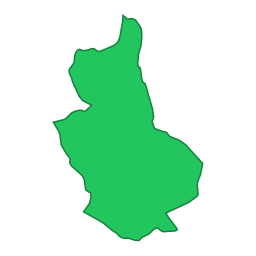 outline of Tongsa
{"feature_id": "BTN-2486", "entity_name": "Tongsa", "entity_type": "District", "adm_level": 1, "iso_a3": "BTN", "parent_name": "Bhutan", "parent_adm1": "", "projection": "mercator", "projection_center": [90.459, 27.451], "detail": "fine", "context": "isolated", "style": "filled", "palette": "green", "viewbox_px": 256, "rotation_deg": 0, "n_neighbors": 0, "source": "natural_earth", "source_scale": "10m", "svg_char_len": 1841}
<svg xmlns="http://www.w3.org/2000/svg" viewBox="0 0 256 256"><path d="M98.4,51.4L100.0,51.4L114.0,45.4L117.2,42.9L118.8,40.2L120.0,36.4L122.8,20.3L123.0,15.4L125.6,17.4L126.4,18.3L127.3,19.0L128.3,19.1L129.3,18.8L130.7,18.6L132.4,18.7L134.1,19.3L135.5,20.1L136.4,21.1L140.0,26.5L140.7,27.8L141.3,29.4L141.7,32.4L141.8,36.6L141.0,45.7L138.7,53.2L138.4,55.2L138.3,57.9L137.8,62.0L137.8,64.6L138.2,66.1L139.6,67.3L140.4,68.3L141.6,77.8L142.7,82.2L145.2,83.7L152.4,108.4L153.7,117.2L152.1,121.5L154.6,128.5L162.1,131.3L165.2,131.9L166.5,132.5L167.4,133.4L168.8,135.5L170.4,136.7L173.2,137.9L177.3,139.3L179.6,140.4L185.8,144.9L202.7,163.5L200.4,174.8L197.6,182.0L197.0,185.9L197.7,188.2L197.8,189.5L197.8,190.6L197.7,191.5L197.8,192.4L198.0,193.4L198.1,194.5L197.2,196.2L188.5,202.5L165.9,213.0L168.1,216.8L176.8,228.4L177.3,229.5L176.7,230.3L174.9,230.9L163.6,231.7L161.7,231.2L160.3,230.2L158.9,229.0L157.5,228.0L155.8,228.3L153.6,229.5L149.6,233.4L147.4,234.9L142.3,237.1L139.0,240.6L134.4,240.1L129.9,238.6L128.2,238.3L126.4,238.3L125.0,238.4L123.8,238.2L122.4,237.9L121.0,237.2L119.2,236.1L116.8,233.3L112.9,230.9L103.0,222.8L83.6,211.8L89.4,203.5L91.0,197.8L90.8,193.2L85.7,190.0L84.4,180.2L83.0,176.8L80.8,174.3L71.5,166.0L70.3,164.0L69.7,162.4L69.9,161.3L69.9,159.9L70.2,158.6L66.3,153.7L61.3,145.0L59.8,134.4L58.9,131.6L53.3,122.2L64.4,119.5L66.3,118.1L71.6,113.0L74.3,111.6L78.5,110.4L80.8,110.2L82.6,110.6L84.2,111.4L85.2,111.3L85.9,110.7L87.0,109.5L88.4,108.4L91.6,105.2L82.7,100.6L79.4,96.6L74.0,85.2L73.4,83.5L72.1,80.5L72.0,79.5L71.6,78.2L71.0,76.7L69.6,73.8L69.1,71.8L69.2,69.4L73.3,63.9L74.2,61.8L74.8,55.5L75.5,53.3L76.2,51.9L77.4,50.2L78.5,49.5L79.6,49.3L80.6,49.6L81.7,50.2L82.9,50.5L84.0,50.6L85.8,50.4L88.4,49.9L90.5,49.1L92.2,48.6L93.9,48.6L96.9,50.8L98.4,51.4Z" fill="#22c55e" stroke="#15803d" stroke-width="1.5"/></svg>